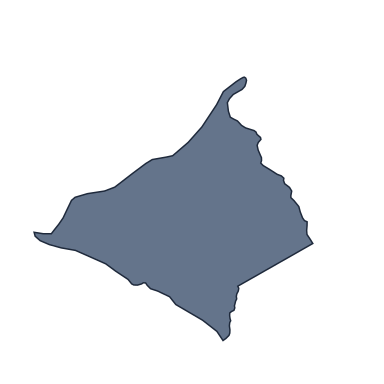 outline of Baltasar Brum, Artigas, Uruguay, rotated 292°
{"feature_id": "84410073B74350998718142", "entity_name": "Baltasar Brum", "entity_type": "district", "adm_level": 2, "iso_a3": "URY", "parent_name": "Uruguay", "parent_adm1": "Artigas", "projection": "natural_earth1", "projection_center": [-57.383, -30.74], "detail": "fine", "context": "isolated", "style": "filled", "palette": "slate", "viewbox_px": 384, "rotation_deg": 292, "n_neighbors": 0, "source": "geoboundaries", "source_scale": "gbopen_adm2", "svg_char_len": 1559}
<svg xmlns="http://www.w3.org/2000/svg" viewBox="0 0 384 384"><g transform="rotate(292 192 192)"><path d="M95.5,60.7L92.2,63.2L90.0,69.5L89.8,79.5L91.2,91.7L94.2,105.8L93.1,138.9L90.0,150.9L87.0,165.5L84.2,170.5L84.0,172.9L85.3,176.4L87.9,179.7L89.6,180.9L90.3,183.1L88.7,185.4L86.8,189.8L87.3,197.0L86.5,210.5L81.6,219.1L77.1,249.8L72.1,267.3L65.9,276.4L68.9,278.3L72.9,280.0L75.3,279.9L78.4,278.8L81.9,276.8L85.1,275.9L87.1,276.1L89.0,274.6L91.5,273.2L94.0,272.3L96.1,273.5L98.0,275.2L100.6,275.1L102.3,274.0L104.5,273.7L107.2,273.3L109.6,273.5L111.8,272.2L114.4,271.7L117.1,272.0L118.6,271.8L120.3,271.4L121.8,269.7L189.5,323.3L192.3,319.5L195.7,314.5L199.3,312.7L203.8,311.3L207.5,309.9L207.6,307.0L209.4,304.2L214.1,299.8L218.5,296.5L222.2,289.8L223.8,285.8L225.7,285.0L230.2,284.1L232.8,280.7L234.4,274.8L237.0,272.5L239.2,272.0L240.4,268.8L240.3,264.3L241.7,257.0L243.2,248.0L244.6,244.9L247.2,244.7L249.9,243.5L251.8,241.5L255.7,237.6L259.7,234.9L262.8,234.9L266.6,236.2L268.2,235.1L269.8,230.6L271.6,228.8L272.2,226.5L271.5,217.7L272.3,213.0L274.9,207.5L275.2,203.3L275.7,199.5L280.5,195.5L288.1,191.3L292.6,191.8L297.9,193.7L305.9,200.0L309.7,201.4L313.2,201.2L316.0,200.7L317.7,199.2L318.1,197.6L317.5,196.6L315.2,194.7L310.8,191.6L302.9,187.0L296.9,183.5L282.1,182.1L256.0,176.8L236.6,169.9L218.4,160.5L214.8,155.2L207.2,143.0L201.1,138.5L187.4,130.2L167.6,118.6L160.1,110.5L151.3,95.7L143.3,85.6L139.1,83.4L128.1,82.7L119.6,82.2L112.0,80.5L106.3,78.8L100.6,77.2L97.6,69.8L95.5,60.7Z" fill="#64748b" stroke="#1e293b" stroke-width="1.5"/></g></svg>